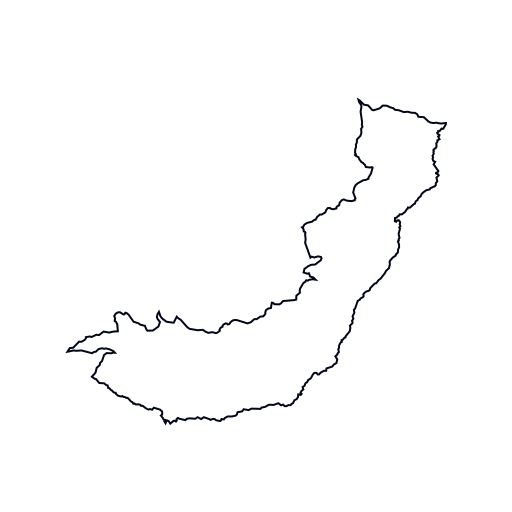 Victor Fajardo, Ayacucho, Peru, rotated 109°
{"feature_id": "86281439B25183638653455", "entity_name": "Victor Fajardo", "entity_type": "district", "adm_level": 2, "iso_a3": "PER", "parent_name": "Peru", "parent_adm1": "Ayacucho", "projection": "robinson", "projection_center": [-74.315, -13.871], "detail": "fine", "context": "isolated", "style": "outline", "palette": "ink", "viewbox_px": 512, "rotation_deg": 109, "n_neighbors": 0, "source": "geoboundaries", "source_scale": "gbopen_adm2", "svg_char_len": 6111}
<svg xmlns="http://www.w3.org/2000/svg" viewBox="0 0 512 512"><g transform="rotate(109 256 256)"><path d="M68.4,119.7L70.6,124.4L71.4,129.3L72.5,131.4L73.0,134.4L72.6,136.9L70.1,142.5L71.5,147.8L69.5,149.7L68.9,152.2L69.9,155.6L70.2,159.4L71.8,163.1L71.7,168.4L72.5,172.4L71.6,174.1L71.7,178.3L71.3,181.2L72.5,185.1L76.2,187.2L79.9,192.2L80.1,193.6L77.1,199.1L77.8,203.2L75.2,208.5L74.9,210.0L77.0,208.5L79.0,205.8L80.2,205.0L85.5,204.1L95.0,199.2L97.7,198.6L99.1,197.4L101.5,198.0L105.4,196.4L108.4,196.4L113.0,198.5L115.8,197.6L118.1,197.8L120.4,196.9L122.9,196.9L126.0,196.0L127.3,194.7L128.2,195.3L128.8,194.2L129.2,191.3L131.1,189.6L133.0,186.7L133.1,185.0L133.9,184.1L134.2,182.8L136.1,181.1L135.2,177.0L134.2,175.3L134.6,174.5L138.8,174.2L141.0,174.2L145.4,175.2L146.3,174.8L148.0,176.6L149.6,179.4L154.3,183.6L156.6,184.9L159.5,185.3L164.3,184.8L169.3,180.6L170.1,181.1L171.2,180.8L173.0,183.5L174.1,188.2L173.9,191.4L175.2,193.0L178.4,194.3L181.0,193.9L182.5,195.3L183.7,195.8L184.9,195.5L186.7,198.3L186.9,200.9L186.5,201.8L187.3,203.7L189.7,204.6L192.3,204.7L195.5,207.5L196.0,209.1L199.2,210.9L202.4,211.5L202.7,212.5L205.4,214.3L207.8,218.1L209.2,219.4L210.6,220.5L213.2,220.9L213.9,221.8L214.9,220.0L217.2,218.8L217.3,217.4L217.9,216.8L219.1,216.8L224.1,214.5L227.6,213.8L239.8,204.0L238.5,203.2L238.4,200.4L236.1,197.1L235.8,194.2L236.9,193.3L239.0,193.4L244.8,197.3L246.4,201.0L248.8,203.5L252.5,206.0L256.1,205.6L256.0,201.5L255.1,200.4L257.8,198.0L257.6,194.8L259.0,192.0L259.6,195.1L261.4,198.2L262.4,198.9L262.6,200.6L264.4,201.1L266.1,202.4L272.5,203.7L274.3,203.5L276.3,202.5L280.4,204.9L284.1,203.8L285.3,205.6L289.8,215.8L292.6,216.9L294.1,218.2L295.6,222.9L294.7,224.6L295.0,225.8L300.4,225.0L301.5,227.1L303.8,228.9L306.2,228.9L307.6,228.3L310.6,229.4L311.9,232.2L315.4,234.7L316.3,237.1L320.2,239.2L322.5,242.2L322.8,252.7L323.1,254.6L324.4,256.9L326.7,258.5L329.1,259.1L329.9,260.6L329.4,261.5L329.6,262.8L331.2,264.3L332.7,264.9L333.8,264.6L335.3,266.1L337.5,266.5L338.5,265.9L341.1,267.6L342.0,268.8L342.2,272.4L344.2,276.1L344.0,279.3L343.1,282.2L345.2,287.1L346.5,295.2L345.6,298.0L340.8,306.5L340.2,309.2L339.2,311.2L345.9,312.1L347.3,319.1L345.7,324.2L344.1,326.7L340.4,329.6L343.4,330.2L346.1,329.8L347.5,328.6L349.7,325.3L354.4,325.3L360.0,329.2L362.0,334.3L361.0,335.9L358.2,338.3L358.6,343.0L357.9,345.2L358.0,350.3L352.8,357.6L352.0,360.1L352.2,361.1L353.9,361.4L354.4,362.1L353.5,366.4L354.2,368.1L356.2,369.9L358.9,370.5L360.9,368.9L363.4,368.5L363.8,366.9L365.9,364.9L372.2,362.1L373.9,366.3L376.2,369.9L377.1,375.5L381.9,378.7L382.4,381.2L386.1,385.1L386.2,386.9L388.1,390.4L389.3,390.0L391.3,390.8L393.9,393.1L394.6,395.4L402.3,399.0L403.7,402.1L407.9,403.1L404.5,397.3L404.3,395.5L402.1,390.2L401.3,379.3L399.9,378.4L398.5,376.2L395.2,374.5L393.3,371.4L393.2,369.4L392.2,367.7L391.9,363.6L392.4,359.7L393.4,358.0L393.7,359.3L395.2,361.4L396.4,365.6L399.1,367.4L405.6,367.4L408.0,368.7L409.9,368.2L413.5,370.2L418.7,369.8L423.6,371.9L424.6,368.4L424.4,367.3L427.1,362.9L425.8,358.0L426.8,355.8L426.7,354.1L428.8,352.9L428.8,351.6L430.1,349.1L430.0,348.5L431.4,346.0L431.0,344.1L432.1,343.3L433.0,340.9L432.8,337.8L431.9,336.8L432.4,335.5L432.0,334.2L432.4,332.9L431.9,331.2L434.3,326.7L434.4,325.3L435.6,323.9L435.0,323.2L435.5,321.2L434.5,318.9L434.4,317.0L435.1,315.8L434.5,314.5L435.9,310.3L436.2,307.7L435.2,306.2L435.1,304.1L432.7,303.2L432.5,296.8L433.4,294.5L434.7,293.6L436.5,293.1L437.8,294.0L439.8,290.9L440.7,290.3L440.6,288.9L442.1,288.9L443.6,287.1L442.0,287.0L441.2,287.5L440.4,287.0L440.6,284.7L442.4,282.5L438.7,280.2L438.2,279.3L438.6,277.8L437.5,277.4L436.1,278.0L434.5,277.1L434.8,275.5L434.2,269.4L432.5,268.5L431.1,265.9L429.6,260.3L427.4,258.7L428.0,254.7L425.4,252.9L425.4,247.1L425.8,245.9L423.9,243.3L423.7,242.1L424.3,240.0L423.7,236.2L422.8,235.5L421.3,235.5L421.0,233.2L419.4,232.8L417.0,230.6L415.6,226.6L413.6,223.3L412.2,222.5L409.7,222.6L407.5,218.6L404.9,217.7L404.1,212.8L401.8,210.6L399.1,202.0L397.5,201.4L395.8,198.4L392.4,195.3L391.0,190.7L387.9,186.9L389.0,183.7L387.7,182.1L388.6,180.0L388.1,178.4L386.5,176.9L385.7,174.7L384.5,174.4L383.1,173.1L379.8,172.7L378.0,170.9L375.7,170.4L373.1,171.0L372.9,168.7L372.3,168.1L371.4,168.1L371.2,169.3L370.7,169.4L368.9,169.1L366.7,167.8L364.7,169.3L362.8,167.8L360.7,167.9L359.3,167.3L358.7,166.5L356.5,166.4L353.7,164.3L349.7,163.7L347.5,162.8L346.8,160.7L347.9,159.1L347.4,157.8L345.4,157.0L342.5,154.5L341.7,152.3L339.4,152.8L335.7,147.9L333.3,147.1L331.1,145.1L327.3,145.5L325.0,148.3L322.7,147.0L321.7,147.2L319.8,146.4L317.2,147.9L316.0,147.6L313.4,148.3L309.9,147.7L309.3,146.9L307.6,147.7L306.5,146.4L305.1,146.1L303.7,144.9L303.0,145.2L296.6,142.9L293.2,143.4L291.3,144.5L288.3,143.0L287.2,143.1L286.1,144.1L283.6,143.5L281.8,145.0L277.5,144.6L275.0,145.9L273.4,145.2L265.2,145.2L263.7,143.7L262.2,143.4L259.7,141.2L258.7,141.2L257.3,142.1L255.3,141.3L253.5,140.0L252.2,138.1L250.8,137.3L249.5,137.6L245.6,135.9L243.3,134.7L242.7,133.5L238.8,132.2L236.8,130.8L230.4,128.6L227.7,128.2L224.2,126.3L220.3,126.7L218.0,127.8L216.4,127.6L213.0,126.2L210.2,124.1L208.8,124.2L206.6,123.0L203.3,123.8L201.3,123.5L198.6,124.5L195.9,126.6L194.9,126.0L193.7,126.6L192.2,126.2L188.6,128.4L183.4,128.7L182.5,129.8L180.8,129.2L179.3,130.4L177.1,130.7L175.7,132.7L176.5,134.2L178.0,134.6L177.9,136.0L174.8,136.9L173.7,135.3L172.2,134.9L171.3,133.9L169.8,133.7L169.2,131.7L165.8,129.4L162.8,128.7L162.0,128.0L160.6,128.1L160.2,126.2L155.6,123.7L154.9,122.8L152.4,122.8L150.2,121.4L148.8,121.5L145.9,119.8L143.2,119.5L140.8,118.2L138.4,116.4L136.4,113.4L135.0,113.1L131.8,109.6L130.6,109.1L128.4,109.7L126.5,108.9L123.0,110.9L120.3,109.5L119.5,110.3L119.3,112.7L118.7,112.8L117.1,111.3L116.3,111.2L111.5,117.9L108.6,117.3L108.3,119.4L106.7,120.7L105.2,120.6L103.8,121.7L101.4,121.2L100.1,122.1L98.9,122.0L98.1,122.8L96.1,122.0L95.6,121.2L93.8,120.9L90.8,122.2L88.6,121.6L87.6,122.2L85.8,120.5L83.7,122.7L82.7,121.8L81.9,121.9L81.2,124.4L80.4,124.8L79.4,124.0L78.6,124.4L77.9,123.0L75.1,122.0L75.1,120.9L74.5,120.3L69.8,119.4L68.4,119.7Z" fill="none" stroke="#020617" stroke-width="2"/></g></svg>